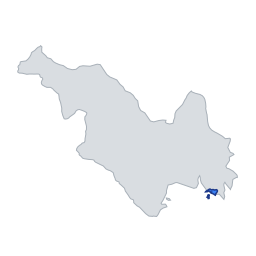 Kwail, Hwanghae-namdo, North Korea (highlighted), rotated 264°
{"feature_id": "82179303B47267328602468", "entity_name": "Kwail", "entity_type": "district", "adm_level": 2, "iso_a3": "PRK", "parent_name": "North Korea", "parent_adm1": "Hwanghae-namdo", "projection": "albers", "projection_center": [124.924, 38.427], "detail": "fine", "context": "in_parent", "style": "filled", "palette": "blue", "viewbox_px": 256, "rotation_deg": 264, "n_neighbors": 0, "source": "geoboundaries", "source_scale": "gbopen_adm2", "svg_char_len": 4205}
<svg xmlns="http://www.w3.org/2000/svg" viewBox="0 0 256 256"><g transform="rotate(264 128 128)"><path d="M158.2,194.9L157.1,195.5L155.4,198.8L153.9,203.0L152.3,205.3L150.5,206.6L148.4,207.4L144.4,207.8L140.7,207.7L139.5,207.3L134.5,207.7L133.1,208.0L125.9,207.9L122.1,208.3L119.7,209.2L117.3,210.9L115.3,213.4L113.5,216.2L109.8,221.2L107.2,223.6L107.2,227.0L107.2,228.1L106.3,228.8L105.9,228.5L104.4,228.3L98.2,225.2L93.1,227.2L91.8,229.8L90.5,230.6L88.4,225.7L85.1,225.6L79.8,221.3L77.6,222.2L77.0,224.0L74.1,228.0L70.1,231.3L68.8,231.7L67.3,231.5L67.5,230.6L65.9,226.9L59.5,225.4L57.2,223.9L56.1,223.5L62.3,219.4L63.9,218.7L62.7,217.7L61.3,217.3L56.2,217.9L53.6,216.5L49.7,217.0L47.0,215.9L52.6,211.9L52.8,209.5L52.8,207.7L55.6,202.4L58.4,199.4L65.7,195.2L68.9,194.6L71.2,194.7L73.1,194.3L71.1,192.7L69.1,192.0L65.4,192.2L61.5,189.8L61.1,187.2L68.6,171.1L68.7,169.6L67.5,165.7L67.1,161.9L61.7,159.7L59.3,159.5L52.4,155.2L49.7,153.0L48.6,153.6L48.4,157.1L47.4,157.9L45.6,158.5L44.7,154.6L43.2,151.7L38.7,148.8L37.0,147.2L37.8,143.8L37.5,143.5L38.2,139.6L41.0,136.6L47.9,131.3L49.6,128.9L53.1,125.9L54.6,126.0L56.2,125.7L56.7,124.5L57.1,123.5L58.5,122.5L61.8,120.9L65.5,118.8L68.5,118.2L72.2,115.0L73.7,113.5L75.2,113.5L75.6,112.9L76.4,111.2L77.6,110.1L79.2,109.9L81.9,109.1L85.2,108.6L87.4,105.9L88.2,104.0L89.6,101.8L92.8,99.5L94.9,96.1L97.3,92.3L98.4,91.2L99.5,90.9L100.2,89.5L100.9,85.6L101.9,81.7L102.6,79.9L105.3,77.9L106.0,77.0L106.6,76.6L107.9,76.9L109.6,75.7L111.2,74.4L112.7,74.8L114.2,75.8L115.8,77.9L116.5,79.5L117.8,80.9L118.1,82.9L119.4,83.8L122.0,84.2L126.4,85.5L129.2,85.5L130.8,86.5L134.2,86.9L140.9,85.9L143.6,86.3L144.8,87.5L146.5,88.5L147.6,88.5L149.0,86.7L150.5,83.8L151.5,81.6L151.4,79.9L150.4,78.1L148.1,76.4L146.6,73.8L145.1,71.1L144.3,70.3L143.6,68.9L143.4,66.9L143.8,65.5L147.1,64.5L151.3,63.8L154.8,64.2L160.5,63.6L164.0,62.7L166.6,62.7L169.0,62.6L170.0,61.3L173.2,58.4L174.8,57.3L176.5,55.3L176.7,53.3L176.9,51.6L177.9,49.8L179.5,47.6L180.9,46.6L182.6,46.6L184.4,47.5L185.5,48.4L186.8,48.1L187.7,46.4L188.4,46.0L190.4,45.7L191.0,44.7L191.5,39.7L192.0,35.7L192.0,33.0L193.6,28.4L194.0,25.6L195.0,24.3L196.2,24.3L197.2,25.1L198.6,25.5L200.2,24.9L201.5,25.6L202.3,27.0L204.9,27.8L205.2,28.6L205.4,33.5L206.9,35.7L208.9,37.7L211.5,39.4L212.9,39.8L213.8,41.1L214.8,43.3L216.7,45.5L217.8,47.1L218.1,48.8L219.0,49.7L217.6,50.9L215.6,50.4L212.4,50.2L208.5,53.8L206.3,55.1L204.9,58.5L201.8,60.7L200.2,62.8L198.1,66.6L196.8,70.2L193.5,74.0L191.8,78.6L191.8,82.5L194.3,86.3L194.6,89.7L193.4,96.7L194.7,104.0L193.9,107.0L183.4,112.5L180.7,115.2L177.0,121.9L172.3,124.6L169.4,127.4L165.3,129.1L162.8,133.9L160.0,136.6L156.6,138.3L154.0,140.5L148.2,140.8L144.1,142.4L141.3,146.3L132.6,151.0L131.4,154.3L132.2,159.4L132.3,163.4L131.7,166.6L129.7,165.8L128.7,166.8L127.6,169.9L128.0,173.3L131.1,174.3L133.6,175.6L137.2,176.2L139.9,177.7L145.7,184.7L150.3,187.7L151.5,188.8L154.2,190.3L156.7,192.7L158.2,194.9ZM53.5,161.6L51.8,162.7L51.8,160.7L53.1,159.0L54.4,158.8L53.5,161.6Z" fill="#d9dde1" stroke="#a8b0b8" stroke-width="1"/><path d="M57.4,209.3L57.4,208.9L57.3,208.4L57.3,208.1L57.3,207.6L57.4,207.3L57.5,207.1L57.8,206.5L57.9,206.2L57.9,205.6L57.8,205.3L57.8,204.6L58.1,204.0L58.5,203.5L58.6,203.4L58.7,202.9L58.6,202.5L58.4,201.9L58.0,201.2L57.6,200.4L57.2,199.5L56.7,198.6L56.4,198.4L56.4,200.5L56.6,200.7L56.8,201.2L56.8,201.6L56.8,201.9L56.4,202.6L55.5,203.4L55.5,203.6L55.7,203.9L55.6,204.0L55.5,204.3L55.4,204.2L55.4,203.9L55.2,203.5L55.2,203.1L54.9,203.7L54.5,204.0L54.3,204.6L54.1,204.8L54.0,205.4L53.8,205.6L53.8,205.4L53.2,206.6L52.7,206.9L52.5,207.3L52.4,207.4L52.3,207.5L52.1,207.6L52.0,207.8L52.3,207.9L52.7,208.2L53.1,208.4L53.6,208.5L53.9,208.9L54.3,209.2L54.7,209.6L55.1,209.9L55.6,210.2L56.1,210.4L56.5,210.2L57.0,210.1L57.4,209.6L57.4,209.3ZM52.6,200.6L52.6,200.3L52.0,200.2L51.7,199.9L51.2,199.7L50.9,199.4L50.8,199.6L50.8,199.8L50.7,199.9L50.4,200.2L50.1,200.3L49.7,200.3L49.8,200.7L49.7,200.8L49.4,201.0L49.5,201.2L49.8,201.4L50.3,201.4L50.3,201.2L50.0,201.1L50.2,200.9L50.5,201.0L50.9,200.9L51.0,201.1L51.5,201.3L52.0,201.7L52.4,201.8L52.6,201.8L53.0,201.7L53.2,201.3L53.0,200.7L52.7,200.7L52.6,200.6Z" fill="#3b82f6" stroke="#1e3a8a" stroke-width="1.5"/></g></svg>